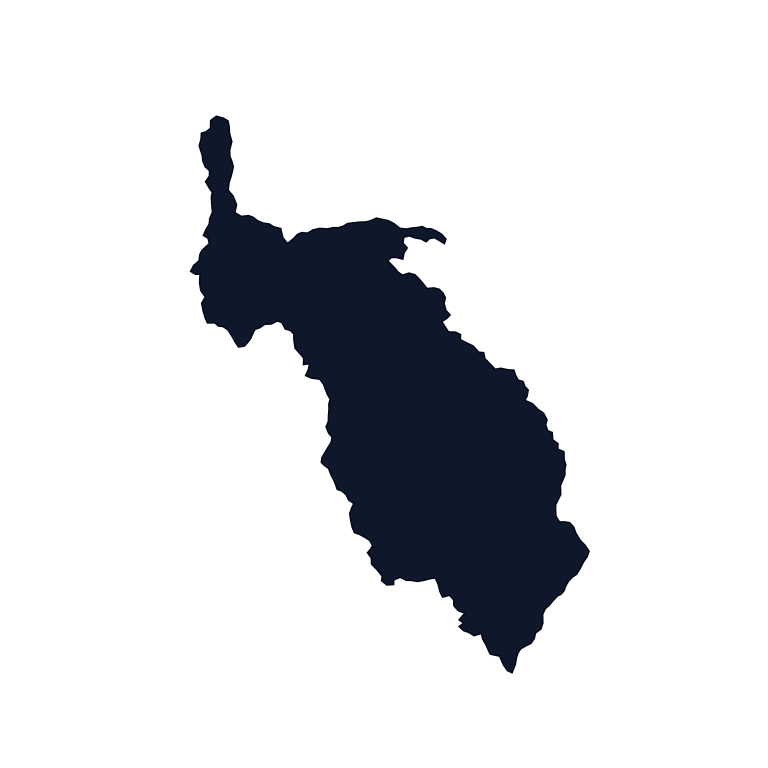 São Pedro dos Ferros, Minas Gerais, Brazil, rotated 152°
{"feature_id": "56859067B15771280139619", "entity_name": "São Pedro dos Ferros", "entity_type": "district", "adm_level": 2, "iso_a3": "BRA", "parent_name": "Brazil", "parent_adm1": "Minas Gerais", "projection": "robinson", "projection_center": [-42.566, -20.074], "detail": "fine", "context": "isolated", "style": "filled", "palette": "ink", "viewbox_px": 768, "rotation_deg": 152, "n_neighbors": 0, "source": "geoboundaries", "source_scale": "gbopen_adm2", "svg_char_len": 3864}
<svg xmlns="http://www.w3.org/2000/svg" viewBox="0 0 768 768"><g transform="rotate(152 384 384)"><path d="M485.9,584.7L489.4,579.7L496.4,578.0L501.9,574.3L498.9,569.3L494.8,567.3L497.3,563.5L499.6,559.3L501.9,552.4L500.9,544.7L507.1,540.9L509.4,533.3L510.9,526.1L511.2,520.8L504.6,517.4L503.0,512.9L499.2,510.3L496.4,505.2L495.8,497.7L495.7,490.9L495.1,484.9L489.4,483.0L484.6,484.8L480.5,486.7L476.6,489.8L472.3,492.8L467.2,492.0L461.2,492.7L455.2,489.8L448.6,489.8L445.3,486.2L445.4,478.9L441.5,475.2L440.2,470.4L443.0,464.9L445.7,457.3L443.9,450.0L442.7,444.7L446.0,438.9L440.2,436.9L443.8,432.4L449.3,428.2L445.3,423.3L438.4,418.3L437.5,412.2L438.4,405.7L438.9,400.9L438.6,395.9L442.1,392.2L444.4,387.6L447.9,382.1L450.7,377.1L455.2,373.4L456.0,366.6L454.8,361.4L458.0,357.4L464.3,353.7L469.4,350.6L473.5,348.0L476.2,344.1L474.6,339.6L472.6,335.4L473.5,328.4L473.5,322.8L473.9,318.0L474.8,312.8L471.7,309.7L469.4,304.1L469.7,298.1L466.8,292.6L470.5,289.9L475.1,285.8L477.4,279.2L479.3,272.7L479.9,266.6L476.4,263.0L472.8,257.5L470.1,252.7L470.0,246.7L473.7,244.4L477.8,242.8L476.9,236.2L479.6,230.7L477.4,223.6L475.8,215.2L478.5,211.4L475.8,205.2L469.7,202.4L467.4,206.4L460.5,205.8L456.5,200.3L452.0,197.7L447.3,194.0L440.9,191.9L434.6,190.4L429.8,188.6L430.2,181.9L432.1,174.2L432.3,168.3L425.4,166.7L423.8,160.8L426.4,155.3L424.8,148.9L420.2,143.7L424.4,142.1L428.4,140.5L425.9,135.3L431.5,134.7L429.5,128.8L425.7,124.8L422.7,119.5L415.1,118.0L416.6,112.4L416.4,105.6L417.1,95.7L409.7,89.4L410.4,80.0L409.6,73.1L406.5,68.9L399.7,74.7L395.9,79.7L392.0,83.6L387.7,86.0L381.1,86.2L376.1,86.0L370.9,88.6L367.2,93.0L360.6,93.9L356.0,98.3L352.0,106.2L347.1,109.9L342.3,110.9L336.5,113.3L330.5,115.4L326.2,115.3L322.1,116.9L318.8,120.0L314.2,123.0L308.7,125.0L303.2,125.6L297.8,128.8L291.2,133.4L285.7,136.1L281.4,140.2L282.3,147.6L284.1,153.8L284.6,162.5L283.7,168.6L285.2,174.4L289.1,177.4L293.8,179.9L294.2,186.4L291.6,192.3L289.0,196.9L284.6,200.0L279.8,203.5L275.8,211.6L270.5,215.8L266.9,218.9L264.4,223.6L261.4,227.3L260.5,232.5L256.9,239.7L261.1,244.9L258.4,249.6L261.2,255.7L258.2,262.2L261.4,265.9L260.3,272.2L256.9,275.8L256.8,283.4L259.8,288.9L262.1,296.9L267.3,303.4L263.4,306.0L259.5,311.0L260.8,315.7L260.0,320.9L263.7,324.4L263.7,330.1L262.8,335.3L267.4,338.0L273.7,343.2L278.9,344.8L280.6,351.0L283.0,358.9L281.3,364.9L285.4,367.6L287.4,375.6L292.1,382.1L295.7,387.3L293.2,391.8L296.7,396.4L302.6,399.6L303.7,411.9L297.3,412.5L293.1,414.0L294.7,419.6L293.1,427.0L289.3,431.4L289.2,436.9L290.9,441.9L294.9,445.5L301.2,448.1L302.6,455.8L303.8,460.7L305.4,466.0L309.9,470.2L316.5,471.4L319.0,475.9L320.1,481.7L322.9,491.1L318.3,492.3L313.6,489.8L308.8,485.4L304.7,490.4L299.6,493.2L301.1,499.5L297.6,504.3L292.1,502.9L288.0,498.3L283.3,494.8L280.0,489.8L275.1,491.1L270.6,489.3L268.0,485.1L264.8,479.6L261.3,482.8L262.6,488.8L266.0,494.5L269.6,499.0L273.7,501.2L276.2,505.0L281.5,506.7L286.3,508.7L291.5,510.3L297.0,514.2L299.9,521.0L303.8,526.5L309.0,530.8L312.8,534.0L319.2,534.5L323.6,535.5L329.4,538.3L335.4,540.7L340.9,542.8L345.6,542.5L350.9,543.4L355.4,545.9L361.1,547.5L367.9,551.7L374.4,553.4L380.6,553.1L385.7,556.4L390.2,556.7L395.4,554.9L403.2,553.3L404.6,560.6L402.2,569.8L407.5,574.5L410.2,579.2L415.0,582.7L419.0,587.6L421.1,592.4L424.5,596.3L431.2,598.9L435.2,605.3L430.0,611.5L429.0,620.5L430.6,628.3L426.1,634.8L421.6,639.1L418.2,642.8L415.0,646.7L413.8,652.2L413.2,657.2L410.4,663.1L404.6,669.4L402.7,677.8L399.7,684.4L398.2,689.4L400.9,694.1L406.3,699.1L413.3,698.1L417.2,691.2L422.9,690.2L427.5,691.2L430.5,686.2L435.4,681.0L437.1,671.3L439.3,665.9L439.9,659.7L437.9,654.3L440.5,649.5L446.6,646.5L446.3,639.5L445.7,633.8L448.6,630.2L451.5,624.1L454.8,616.2L460.1,612.0L463.4,607.1L468.8,603.9L473.7,600.0L470.9,595.3L472.3,590.0L477.3,588.7L482.1,587.4L485.9,584.7Z" fill="#0f172a" stroke="#020617" stroke-width="1.5"/></g></svg>